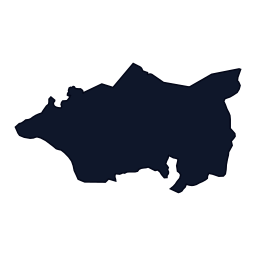 Alor Gajah, Melaka, Malaysia (Mercator projection)
{"feature_id": "92858781B21202151512611", "entity_name": "Alor Gajah", "entity_type": "district", "adm_level": 2, "iso_a3": "MYS", "parent_name": "Malaysia", "parent_adm1": "Melaka", "projection": "mercator", "projection_center": [102.174, 2.385], "detail": "fine", "context": "isolated", "style": "filled", "palette": "ink", "viewbox_px": 256, "rotation_deg": 0, "n_neighbors": 0, "source": "geoboundaries", "source_scale": "gbopen_adm2", "svg_char_len": 2478}
<svg xmlns="http://www.w3.org/2000/svg" viewBox="0 0 256 256"><path d="M50.9,97.0L49.0,99.1L49.0,102.2L48.6,104.3L46.5,106.0L45.0,108.1L43.1,110.8L41.7,113.1L38.7,114.1L35.8,115.4L32.7,117.3L30.8,118.8L28.7,119.6L25.7,120.0L23.9,121.5L21.6,123.0L19.3,123.8L19.2,123.7L15.4,127.1L16.7,130.0L18.0,133.0L19.6,135.3L24.2,137.2L30.1,138.2L33.4,137.9L36.0,136.9L37.6,136.9L40.9,137.9L45.8,140.5L52.7,145.7L56.3,148.7L58.6,149.4L61.2,150.0L64.5,152.6L68.7,156.9L71.7,161.1L73.3,165.7L74.3,170.6L76.3,174.9L78.2,179.2L81.2,180.5L84.7,181.9L105.4,182.1L108.6,178.9L115.7,181.0L115.5,179.3L114.8,177.0L115.0,174.7L115.7,173.7L119.7,174.1L121.3,173.5L122.8,172.8L124.7,173.1L126.8,172.0L128.9,171.8L131.6,171.8L135.0,171.8L137.5,171.2L138.9,169.3L141.3,168.2L144.0,167.8L146.1,167.6L148.2,167.0L151.9,168.9L155.1,170.5L157.6,169.9L160.1,172.0L161.6,174.5L164.3,177.7L167.0,177.5L167.0,175.6L168.3,173.7L168.5,172.0L167.5,169.5L168.3,167.6L167.2,165.9L165.6,164.0L166.6,160.9L167.9,158.4L168.7,155.4L170.6,156.3L173.3,157.7L175.8,158.2L177.9,159.0L177.9,160.5L177.5,162.4L176.7,165.7L177.1,168.4L177.5,171.2L179.6,172.8L180.7,174.9L179.8,178.3L177.1,181.6L175.4,184.2L173.3,186.5L170.4,188.8L178.4,192.5L180.2,191.9L181.9,190.9L183.2,189.0L185.1,187.1L186.3,184.2L189.0,185.0L191.8,185.4L193.7,185.2L196.4,184.4L199.1,182.9L202.5,181.4L205.4,179.8L207.3,178.3L207.5,175.8L208.8,173.3L212.7,174.1L218.8,176.2L223.4,176.0L224.4,174.9L225.3,173.9L226.0,169.7L226.3,164.7L227.3,159.2L228.3,155.2L228.6,152.0L232.2,145.4L231.2,141.2L233.8,138.2L235.1,136.3L234.8,133.6L232.8,131.3L230.2,128.4L230.2,124.8L230.2,119.5L229.9,115.6L228.9,113.0L226.9,109.1L225.3,104.8L223.7,101.2L225.0,98.6L229.9,96.9L233.2,95.0L237.1,92.4L239.1,89.1L240.1,85.5L238.7,82.2L237.4,80.6L237.8,77.3L240.6,69.4L239.1,68.9L211.7,74.3L189.7,86.9L188.4,86.9L163.5,82.5L151.9,74.5L151.3,74.3L150.9,74.1L149.9,74.0L149.2,74.2L148.6,74.3L147.6,74.4L147.5,72.6L146.4,72.3L142.8,71.0L142.3,70.0L141.7,68.6L140.8,67.5L139.6,66.7L138.1,66.0L133.2,63.5L113.0,87.5L101.8,84.0L83.5,92.7L83.4,93.8L82.6,90.7L82.0,90.0L80.6,88.9L79.0,88.9L76.3,88.7L74.9,88.1L74.4,86.9L73.2,86.5L71.7,87.6L70.5,87.3L69.2,88.0L68.5,90.3L68.8,92.3L67.7,93.2L67.4,95.1L68.6,95.8L69.3,95.2L70.4,95.5L69.3,97.9L68.2,99.3L67.0,100.7L64.7,100.9L62.7,101.0L61.6,102.5L61.1,104.6L61.8,106.4L60.8,108.1L59.5,107.9L57.9,107.7L56.1,107.2L54.4,106.2L53.3,104.2L53.5,102.4L54.5,101.3L54.7,100.2L50.9,97.0Z" fill="#0f172a" stroke="#020617" stroke-width="1.5"/></svg>